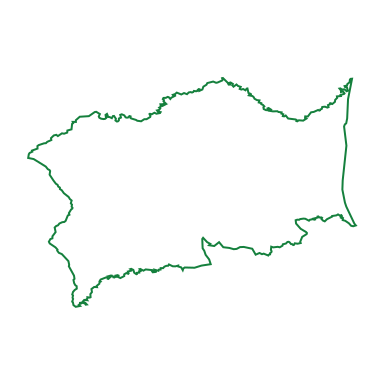 the district of Mbanza-Ngungu, Bas-Congo, Democratic Republic of the Congo, rotated 272°
{"feature_id": "63176286B82592558575614", "entity_name": "Mbanza-Ngungu", "entity_type": "district", "adm_level": 2, "iso_a3": "COD", "parent_name": "Democratic Republic of the Congo", "parent_adm1": "Bas-Congo", "projection": "equal_earth", "projection_center": [14.766, -5.339], "detail": "fine", "context": "isolated", "style": "outline", "palette": "green", "viewbox_px": 384, "rotation_deg": 272, "n_neighbors": 0, "source": "geoboundaries", "source_scale": "gbopen_adm2", "svg_char_len": 6002}
<svg xmlns="http://www.w3.org/2000/svg" viewBox="0 0 384 384"><g transform="rotate(272 192 192)"><path d="M132.4,272.2L133.5,272.1L134.6,273.4L135.6,273.6L136.9,272.9L140.1,273.1L139.5,275.1L140.2,279.6L139.8,281.6L141.5,284.3L142.9,284.6L143.8,287.7L145.4,289.1L145.6,290.4L145.2,291.2L143.4,292.8L143.4,293.9L142.5,295.0L142.7,295.7L144.3,296.5L144.0,299.3L144.8,302.4L146.1,301.9L151.0,303.7L153.9,308.0L155.0,308.3L155.9,307.5L159.0,301.9L164.1,297.1L167.4,296.6L168.0,298.1L168.0,300.1L168.7,301.0L169.3,304.4L169.2,306.2L167.4,309.9L168.4,310.8L169.1,314.0L168.6,315.1L168.9,316.1L169.5,316.1L169.9,315.2L170.8,318.4L171.8,318.3L172.0,319.1L171.0,320.3L171.1,322.3L170.7,322.9L169.6,322.3L168.0,323.9L167.3,325.7L169.5,327.8L172.3,332.9L172.9,332.9L173.7,337.2L174.7,338.7L173.6,340.6L174.1,342.0L173.3,342.6L172.4,341.7L171.7,343.1L171.2,342.3L170.4,343.8L169.2,343.6L168.6,346.1L166.2,349.9L163.8,352.2L163.4,354.3L164.3,356.9L166.0,355.4L182.8,346.7L186.8,345.2L199.6,342.2L208.8,342.2L243.7,344.7L262.8,341.7L264.9,342.4L266.0,343.7L271.0,344.5L290.2,344.7L310.8,348.0L310.6,346.5L309.8,345.9L307.1,345.6L305.3,343.5L303.8,343.2L303.2,340.8L302.4,341.1L301.7,343.3L298.7,344.2L298.1,343.1L299.9,340.8L299.7,338.2L300.7,336.7L300.5,335.8L298.7,337.3L297.1,337.4L297.8,339.3L295.9,341.0L295.4,340.7L294.1,337.0L293.1,337.4L292.6,333.5L291.1,333.8L289.1,331.9L287.1,331.7L284.8,329.1L285.0,328.0L285.6,327.6L285.4,326.7L284.3,326.6L283.6,324.9L281.6,325.5L281.1,324.3L281.9,321.9L281.5,319.2L279.6,318.8L279.0,317.4L278.2,317.2L277.8,316.3L278.4,315.2L276.3,310.9L275.8,308.2L271.5,305.1L271.5,302.5L270.0,302.4L269.3,303.7L267.2,300.6L267.4,296.3L266.3,294.7L266.6,293.8L267.6,294.0L268.1,293.1L268.8,285.5L271.7,283.0L270.8,281.5L271.0,280.1L272.9,280.5L273.5,278.6L274.7,278.8L275.0,275.6L275.7,274.5L275.4,270.1L275.8,266.9L277.1,268.1L278.6,265.6L278.2,264.7L277.3,265.5L276.4,265.3L276.4,263.1L277.4,260.8L279.2,260.4L280.1,261.3L281.5,259.9L282.2,258.2L283.2,258.2L283.8,255.6L285.9,256.2L286.1,253.7L287.4,251.2L288.9,250.4L290.0,249.1L290.6,245.4L291.4,245.9L291.5,247.5L292.1,247.3L292.9,245.0L297.4,243.8L297.2,243.0L295.5,241.9L296.7,239.5L296.1,237.7L296.7,236.1L298.8,237.0L299.5,234.4L301.0,232.7L298.7,229.8L300.0,228.6L301.4,229.1L302.8,226.7L302.5,225.8L300.7,226.4L300.6,224.9L302.5,223.8L307.0,218.9L306.8,218.1L305.2,218.7L304.5,218.3L302.3,213.7L302.0,212.3L303.1,209.3L301.4,203.5L299.7,202.7L297.7,199.7L294.8,198.8L293.4,196.0L294.9,196.0L295.1,195.2L294.2,194.1L293.3,194.0L292.8,192.6L293.1,190.4L292.0,189.8L291.4,188.5L291.8,187.3L291.4,185.3L289.6,183.6L290.6,180.6L289.1,177.9L290.8,173.3L289.3,171.7L288.4,169.4L287.9,169.8L288.0,172.5L285.5,168.0L284.2,167.1L285.9,165.5L286.2,164.4L285.2,162.6L285.0,160.2L283.8,159.6L282.8,160.8L281.6,160.4L280.0,162.2L279.3,160.8L278.8,162.7L277.0,159.5L277.4,158.9L278.6,158.9L278.6,157.4L276.2,157.8L275.2,156.3L274.4,157.3L272.9,156.3L272.3,154.2L271.2,155.1L270.7,157.8L269.8,157.3L269.0,153.7L269.9,151.7L268.3,149.1L268.7,147.2L268.4,146.8L266.5,147.8L265.5,147.6L263.2,144.1L263.1,141.8L260.9,138.7L261.3,134.8L262.1,133.5L263.4,128.6L263.8,128.0L265.4,128.0L265.7,126.8L264.3,125.7L264.0,124.4L264.3,123.0L266.2,121.7L267.2,119.1L266.6,117.6L263.9,118.4L262.9,116.4L261.0,116.4L260.1,115.6L259.8,114.5L260.8,113.0L262.5,113.4L265.3,111.4L265.1,110.3L263.0,109.3L264.0,107.1L264.1,104.9L265.5,105.1L267.1,104.3L266.0,102.9L262.9,103.6L262.0,102.4L261.8,101.0L262.1,98.6L263.0,96.8L264.2,96.2L266.7,97.2L268.8,93.5L268.5,92.0L264.2,86.3L263.3,77.2L259.7,73.4L258.0,73.5L257.9,70.3L256.6,70.8L255.9,69.8L250.4,69.4L249.1,65.3L247.0,65.2L245.8,62.1L246.1,60.0L243.2,56.0L244.4,54.4L243.7,51.9L240.9,49.2L239.0,49.6L237.1,45.6L235.7,44.3L235.5,42.5L233.5,37.1L232.5,35.9L230.0,36.1L227.8,30.6L226.7,31.0L225.4,28.4L224.1,27.6L220.3,27.1L219.4,32.6L212.3,45.0L209.8,47.1L209.0,48.8L208.0,49.5L204.3,49.1L198.7,53.1L195.5,55.7L194.5,57.4L192.8,58.1L191.8,59.8L190.3,59.9L189.3,61.7L186.3,64.0L182.7,68.9L180.7,70.2L179.3,72.0L176.4,71.3L175.2,72.5L173.1,72.2L172.1,73.1L171.3,73.0L170.3,71.8L166.6,69.7L165.0,70.3L164.2,68.7L158.7,66.7L157.6,65.4L157.3,63.4L155.9,60.6L154.0,59.2L153.3,57.5L151.7,56.0L147.2,57.1L142.9,54.1L140.8,54.1L140.0,52.1L137.3,50.7L135.6,51.6L131.9,57.5L129.7,59.6L128.8,59.3L126.6,61.0L125.4,64.1L118.6,70.9L114.9,71.8L113.5,71.5L104.3,77.0L101.1,77.6L100.0,76.6L96.8,77.4L94.8,78.6L93.9,80.0L91.4,80.2L90.0,78.2L88.0,76.6L85.3,75.9L84.5,76.7L82.1,76.3L81.0,76.9L78.2,76.1L77.7,76.8L74.8,77.5L73.2,79.8L74.2,84.1L75.2,82.9L75.8,83.7L77.3,83.9L77.4,84.6L76.8,85.2L77.5,86.7L76.8,88.9L75.7,89.7L75.9,90.8L77.6,89.1L78.6,86.6L80.4,88.1L80.2,91.0L81.1,90.3L82.0,91.2L83.2,91.1L82.9,93.5L83.3,94.3L86.4,94.0L88.5,95.5L91.5,94.9L93.7,97.6L93.6,100.4L94.8,100.0L97.1,102.6L98.5,102.7L99.2,103.7L99.7,102.8L101.3,103.7L103.7,109.2L103.7,110.6L102.4,110.7L102.2,111.4L104.5,113.7L105.1,112.0L105.7,113.9L105.6,114.8L104.9,114.9L104.8,116.4L104.0,116.5L103.9,117.5L104.5,117.9L104.6,119.6L105.8,118.7L106.3,120.5L105.9,121.5L104.4,121.3L103.5,123.4L105.6,127.2L107.3,127.1L108.7,129.2L108.0,131.1L108.5,131.5L110.3,130.7L111.3,134.1L111.9,134.3L112.8,133.1L113.1,133.9L112.1,136.1L109.3,137.1L107.9,139.3L108.1,139.8L109.3,139.8L109.6,142.1L110.9,141.9L111.1,143.5L111.7,143.9L113.1,142.4L113.3,143.0L111.7,146.2L113.0,148.4L112.4,157.0L111.4,156.9L110.9,155.2L110.4,155.6L110.9,158.7L111.9,159.1L112.8,158.3L112.1,161.2L113.2,161.5L113.4,163.3L114.8,163.3L114.9,165.8L116.4,167.0L117.3,168.9L117.5,170.8L118.8,171.5L117.1,175.3L117.1,178.0L118.0,180.8L117.1,180.8L116.3,183.8L113.5,185.5L115.4,186.1L116.3,187.4L116.4,197.2L118.8,204.1L120.5,213.2L125.2,211.5L129.7,207.8L133.7,206.3L136.1,204.6L145.4,203.9L146.6,204.7L142.4,208.9L140.8,212.1L139.4,210.9L138.8,216.1L142.8,220.8L137.9,225.2L137.4,231.3L136.3,235.7L136.7,238.6L138.6,241.9L138.9,245.7L137.4,254.2L131.6,257.8L133.4,261.6L132.3,264.1L132.9,265.8L131.2,270.4L131.9,270.7L132.4,272.2Z" fill="none" stroke="#15803d" stroke-width="2"/></g></svg>